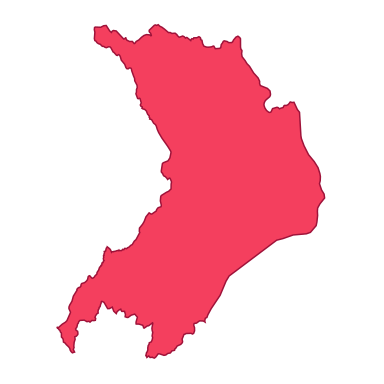 Phoukhoune, Louangphrabang, Laos, rotated 181°
{"feature_id": "54806243B44028844681141", "entity_name": "Phoukhoune", "entity_type": "district", "adm_level": 2, "iso_a3": "LAO", "parent_name": "Laos", "parent_adm1": "Louangphrabang", "projection": "equal_earth", "projection_center": [102.694, 19.508], "detail": "fine", "context": "isolated", "style": "filled", "palette": "rose", "viewbox_px": 384, "rotation_deg": 181, "n_neighbors": 0, "source": "geoboundaries", "source_scale": "gbopen_adm2", "svg_char_len": 5967}
<svg xmlns="http://www.w3.org/2000/svg" viewBox="0 0 384 384"><g transform="rotate(181 192 192)"><path d="M148.8,348.6L150.8,347.6L153.2,344.6L153.9,343.0L154.9,342.1L157.9,342.0L159.5,343.1L162.5,343.7L163.4,343.1L164.2,341.4L165.3,340.0L165.8,336.8L166.9,336.1L171.2,335.7L172.7,338.2L173.3,338.3L175.0,337.5L177.7,337.1L179.8,337.1L182.6,338.0L184.0,340.6L184.7,343.9L185.8,344.4L186.1,344.8L186.0,345.8L186.5,346.6L187.8,347.4L189.9,346.3L192.9,346.2L193.5,345.0L194.8,345.3L195.5,344.6L195.9,343.4L199.6,346.3L200.2,346.4L201.3,345.8L202.5,347.1L204.0,347.8L207.5,346.5L209.5,348.3L209.8,349.1L211.7,350.5L214.9,350.2L216.6,351.1L218.3,351.0L222.4,354.4L224.9,356.2L227.1,357.2L228.7,358.7L230.2,357.9L231.3,358.4L232.5,358.1L237.6,353.0L237.6,351.7L237.2,351.0L236.3,350.2L235.7,349.0L235.4,347.7L235.9,347.5L236.9,348.3L240.2,348.6L242.7,347.7L245.2,345.8L247.8,343.1L250.5,341.5L251.4,340.0L252.4,339.4L254.3,341.5L257.0,341.4L259.7,342.6L260.6,344.0L260.9,345.0L261.2,345.0L262.0,344.0L263.0,343.8L270.6,351.7L273.4,352.1L274.5,351.5L275.4,350.1L277.1,351.6L280.7,357.0L283.2,356.7L286.2,355.1L291.5,355.2L292.3,354.8L292.5,352.6L291.9,350.0L292.3,343.7L291.8,341.7L290.8,341.3L289.5,339.6L288.2,338.7L286.1,338.0L285.0,336.7L284.1,336.1L282.7,336.0L281.4,335.1L280.1,334.8L277.8,335.8L276.4,335.6L275.5,334.6L273.3,330.6L272.5,330.2L269.9,327.4L269.0,327.2L268.0,328.1L267.5,328.0L266.8,327.4L266.1,326.2L265.0,322.6L261.5,318.5L260.3,315.4L259.4,314.2L258.0,314.0L257.2,314.7L256.4,315.0L255.2,314.7L254.8,314.2L254.4,312.2L252.4,306.8L251.4,304.6L251.2,302.2L248.8,297.7L248.6,295.4L249.3,293.5L249.3,290.9L249.8,289.2L248.0,284.6L247.3,284.3L246.0,284.8L245.6,284.5L244.4,280.5L244.4,279.9L245.2,278.1L244.5,276.8L243.2,276.2L243.2,275.2L243.5,274.9L242.5,274.2L240.8,273.8L239.1,272.3L237.7,269.0L236.1,267.3L236.1,265.9L235.4,265.2L235.6,264.2L233.7,263.7L231.6,260.2L229.7,258.7L229.0,257.6L227.8,254.0L226.4,250.9L222.9,245.2L217.1,237.3L213.9,232.3L213.7,231.0L214.7,225.7L216.6,222.7L221.3,220.7L222.1,219.8L223.1,212.3L222.8,211.0L221.9,210.3L220.8,208.0L219.9,207.2L219.1,207.1L217.2,205.1L216.6,204.1L214.9,205.5L214.2,205.3L212.8,202.3L212.7,201.1L213.0,199.6L213.0,194.7L215.4,192.3L217.5,191.3L222.7,187.9L223.2,186.8L223.5,182.5L222.5,178.6L222.5,177.5L222.8,176.7L225.6,175.7L227.0,173.9L227.4,172.4L231.6,169.4L232.5,169.2L234.5,170.4L237.6,166.4L239.3,161.7L240.8,159.0L243.9,155.0L244.0,151.7L243.5,150.6L247.1,143.5L248.9,141.8L250.8,138.4L252.3,137.6L254.3,135.6L255.4,135.2L256.4,134.2L258.2,134.5L259.2,133.1L260.2,133.5L261.4,132.2L263.6,132.1L264.0,132.7L264.5,132.0L265.5,132.2L268.0,131.3L269.0,131.3L269.5,130.9L270.9,130.9L271.4,130.3L272.4,132.6L273.3,133.8L275.8,135.7L275.9,135.2L276.7,134.4L277.4,131.4L278.7,131.0L278.4,129.7L279.0,128.2L278.8,127.2L279.4,126.7L279.1,125.1L279.5,124.2L279.2,122.4L278.7,121.8L279.5,121.1L279.7,119.9L280.5,119.7L280.8,119.3L280.9,117.5L281.8,117.0L281.7,116.4L283.1,115.1L284.0,112.3L285.5,110.0L285.7,108.3L287.8,106.1L288.2,105.2L289.8,104.0L290.8,104.3L292.8,106.5L293.9,106.1L294.3,105.6L294.9,102.7L296.0,101.1L297.8,99.5L300.6,98.6L301.2,97.8L301.6,95.6L302.7,94.6L303.3,94.6L304.3,94.0L305.4,92.7L305.2,91.9L308.8,85.8L310.1,80.7L312.3,76.8L313.0,74.9L313.0,73.2L311.4,69.8L311.5,69.1L314.8,61.2L316.3,59.6L319.4,57.6L323.3,54.0L324.0,54.0L324.7,54.9L324.1,53.4L323.6,53.4L322.4,51.8L321.8,51.6L321.1,49.7L320.3,49.0L320.1,48.1L320.0,44.7L318.8,43.5L318.2,42.2L317.9,39.7L316.4,38.9L315.0,37.2L312.6,35.0L311.5,33.5L311.0,31.7L310.0,30.2L308.8,29.1L306.6,29.9L307.9,32.4L307.2,34.7L307.5,35.7L307.2,39.6L306.3,42.6L306.7,45.2L305.3,45.7L304.7,46.3L303.7,47.5L303.6,48.8L303.9,50.7L305.5,51.8L306.0,53.1L304.7,55.0L304.1,58.1L303.3,59.0L303.1,60.2L301.9,61.6L301.2,61.7L297.5,62.0L294.8,60.5L292.8,60.9L291.7,60.1L289.9,61.8L287.8,61.7L286.4,62.0L286.1,64.0L286.8,64.8L286.3,66.5L284.9,68.6L283.7,69.3L283.9,70.7L283.6,72.7L282.9,73.6L282.8,75.0L281.9,75.7L281.4,78.2L281.0,78.9L280.8,80.6L280.2,81.1L278.1,80.2L274.3,73.9L272.7,73.9L269.7,75.5L268.2,71.5L265.6,69.1L264.8,71.1L262.7,72.9L261.2,73.6L260.8,72.4L260.1,71.4L257.4,71.5L256.4,68.4L256.7,66.1L254.7,65.4L253.6,65.5L250.6,67.8L247.1,68.9L244.4,65.9L245.6,61.3L245.7,59.9L245.5,59.0L242.7,59.0L239.0,57.9L238.3,56.6L238.0,55.3L237.4,55.1L234.2,57.4L233.0,57.5L229.2,60.5L228.9,60.2L229.7,55.1L229.4,52.8L228.8,51.0L229.4,47.3L228.9,46.2L228.9,45.3L229.4,43.0L230.2,41.4L232.1,40.5L232.3,38.9L233.1,37.8L233.5,35.3L233.4,33.5L234.0,31.4L234.6,30.8L235.3,27.6L235.1,27.3L234.7,27.4L234.2,25.8L232.4,27.3L231.0,25.8L228.6,26.1L228.0,25.6L226.6,25.3L225.3,26.4L223.0,29.6L221.6,29.6L217.2,28.2L215.3,28.6L213.5,30.1L210.8,30.7L209.3,32.8L206.7,33.4L206.4,34.8L205.6,35.4L204.1,37.8L200.6,39.4L199.1,41.1L198.8,42.1L199.3,44.8L197.5,49.5L196.6,49.7L195.5,50.4L190.6,50.7L189.0,50.0L187.9,50.7L187.0,53.2L187.1,56.4L187.9,58.6L187.8,60.0L187.5,60.6L185.2,61.0L182.2,63.3L178.4,63.2L176.7,62.2L177.0,63.3L176.5,66.0L174.9,66.8L174.0,69.5L170.8,75.7L162.1,89.2L156.4,103.5L153.4,108.7L106.5,145.3L100.3,147.0L90.1,150.8L76.9,152.2L72.9,153.7L67.3,160.5L66.6,164.1L66.0,170.7L66.3,174.9L66.1,178.2L63.8,182.5L59.3,188.3L59.9,192.2L62.5,196.3L64.7,202.5L64.0,205.5L63.9,209.7L64.5,212.8L66.4,218.5L70.3,224.5L76.1,231.3L80.8,240.2L83.6,247.4L84.1,250.1L85.9,273.6L88.1,276.3L91.6,283.5L93.6,283.2L94.9,283.7L95.4,283.7L96.4,282.2L97.6,280.9L99.4,280.1L100.6,280.3L101.3,280.0L101.8,279.4L102.3,278.1L102.7,277.9L104.6,277.4L106.0,276.7L107.4,277.9L108.5,278.2L112.9,276.8L114.3,273.6L114.9,273.1L115.8,272.9L116.7,273.1L118.9,274.8L120.6,277.3L121.4,279.5L121.6,280.9L121.3,282.5L120.6,284.1L119.6,285.4L116.0,288.6L115.4,289.8L115.2,291.2L115.8,294.4L118.4,296.9L125.5,299.6L126.3,301.6L126.3,303.9L127.9,307.2L132.4,312.0L136.7,318.7L139.3,321.3L141.2,324.3L144.3,328.2L144.8,331.2L144.5,333.9L144.6,334.5L145.5,335.5L146.0,337.6L146.2,346.1L147.0,347.3L148.8,348.6Z" fill="#f43f5e" stroke="#9f1239" stroke-width="1.5"/></g></svg>